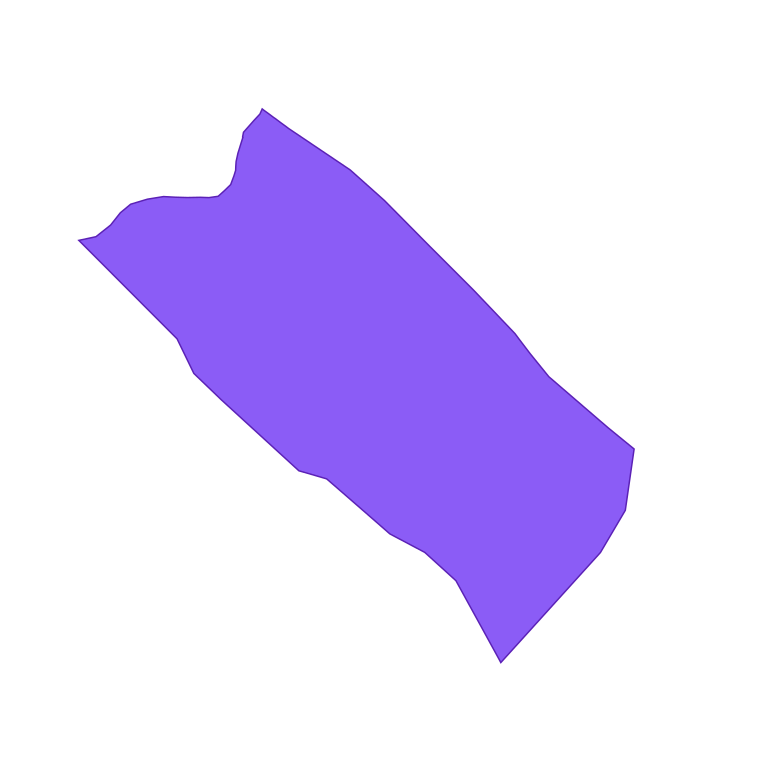 the district of Shroq, Al Qahirah, Egypt, rotated 55°
{"feature_id": "37247803B54771343993886", "entity_name": "Shroq", "entity_type": "district", "adm_level": 2, "iso_a3": "EGY", "parent_name": "Egypt", "parent_adm1": "Al Qahirah", "projection": "natural_earth1", "projection_center": [31.499, 30.133], "detail": "fine", "context": "isolated", "style": "filled", "palette": "violet", "viewbox_px": 768, "rotation_deg": 55, "n_neighbors": 0, "source": "geoboundaries", "source_scale": "gbopen_adm2", "svg_char_len": 1127}
<svg xmlns="http://www.w3.org/2000/svg" viewBox="0 0 768 768"><g transform="rotate(55 384 384)"><path d="M88.8,326.0L91.7,330.8L93.5,339.3L97.2,354.7L100.6,358.2L100.8,358.2L101.0,358.1L105.3,363.7L109.2,368.7L111.1,371.2L116.9,377.5L121.0,380.8L123.9,383.0L127.4,387.5L132.7,395.2L134.1,403.9L135.1,412.2L130.9,420.5L125.7,427.4L118.5,438.1L111.3,447.8L104.0,457.1L96.9,471.8L91.4,488.4L92.5,501.7L97.0,516.8L98.1,535.5L91.3,551.6L139.2,543.2L228.3,527.6L266.3,533.7L303.8,526.3L362.6,513.2L406.3,503.5L408.5,501.7L422.9,490.1L428.8,485.4L466.4,476.0L492.2,469.6L510.1,465.2L516.6,461.9L545.3,447.2L562.9,443.2L586.4,437.9L636.9,443.4L674.3,447.5L679.2,448.1L646.2,303.4L625.9,258.8L580.7,216.4L561.6,221.8L548.1,225.6L542.1,227.1L539.1,227.9L515.9,233.8L472.6,244.8L449.8,246.4L442.7,246.9L424.7,247.6L417.9,247.8L379.5,253.6L358.4,256.8L297.2,267.6L233.9,278.4L189.3,288.9L171.6,295.7L120.2,315.5L118.4,316.1L116.5,316.7L113.9,317.6L111.0,318.6L107.9,319.6L106.4,320.1L104.5,320.7L102.7,321.4L100.6,322.1L97.8,323.0L96.0,323.6L94.3,324.2L91.1,325.3L88.8,326.0Z" fill="#8b5cf6" stroke="#5b21b6" stroke-width="1.5"/></g></svg>